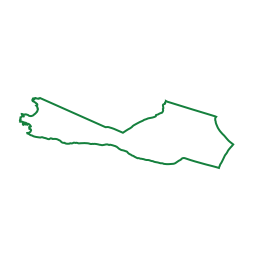 Sveitarfélagið Skagaströnd, Norðurland vestra, Iceland (Robinson projection), rotated 24°
{"feature_id": "244011B17586381133924", "entity_name": "Sveitarfélagið Skagaströnd", "entity_type": "district", "adm_level": 2, "iso_a3": "ISL", "parent_name": "Iceland", "parent_adm1": "Norðurland vestra", "projection": "robinson", "projection_center": [-20.221, 65.865], "detail": "fine", "context": "isolated", "style": "outline", "palette": "green", "viewbox_px": 256, "rotation_deg": 24, "n_neighbors": 0, "source": "geoboundaries", "source_scale": "gbopen_adm2", "svg_char_len": 5631}
<svg xmlns="http://www.w3.org/2000/svg" viewBox="0 0 256 256"><g transform="rotate(24 128 128)"><path d="M204.0,81.9L202.9,81.9L195.5,82.8L178.9,84.9L156.3,87.6L154.1,87.9L153.4,88.0L151.7,87.9L151.8,88.1L151.8,88.7L151.7,88.9L151.5,89.6L151.5,89.8L151.9,90.3L151.9,90.5L151.8,91.0L151.7,91.2L150.8,91.9L150.7,92.1L150.6,92.4L150.6,92.8L150.7,93.1L150.8,93.3L151.8,94.8L152.2,95.4L152.2,96.0L152.1,96.4L152.2,96.6L152.9,97.5L153.0,97.9L153.1,98.6L153.0,99.1L153.0,99.6L152.8,100.2L152.5,100.5L151.6,101.3L151.0,101.9L150.5,102.5L150.4,102.8L150.2,103.1L150.0,103.3L148.9,104.3L148.6,104.6L148.4,104.7L148.4,104.9L148.4,105.1L148.6,105.6L148.6,106.0L147.7,107.1L146.1,108.5L142.5,111.0L140.9,112.7L139.5,113.9L138.5,115.4L136.4,117.7L134.2,120.5L132.1,123.3L131.5,124.4L131.1,125.6L130.7,126.3L129.9,127.6L128.8,129.0L127.3,131.2L125.3,134.4L115.6,134.5L113.0,134.7L111.6,134.9L109.9,135.1L108.5,135.6L107.9,136.0L107.1,136.4L35.9,136.4L35.9,136.5L35.6,136.6L35.2,136.7L34.8,136.9L34.8,137.3L34.6,137.6L34.2,137.6L33.6,137.9L33.3,138.0L32.9,138.1L32.3,138.2L31.9,138.2L31.3,138.2L31.0,138.4L30.9,138.7L30.4,139.0L29.8,139.3L30.0,139.5L30.7,139.9L30.6,140.1L30.3,140.4L29.8,140.5L29.2,140.5L29.2,141.4L29.8,142.0L30.1,142.2L31.4,142.2L31.9,142.3L33.4,142.5L33.6,142.7L33.9,142.8L34.3,142.8L35.3,143.1L35.5,143.3L35.7,143.6L35.8,144.0L35.6,144.5L35.1,144.9L36.2,145.5L36.6,145.7L37.0,146.1L37.0,146.4L37.2,146.7L37.7,146.9L38.0,147.3L37.9,147.5L38.1,147.9L38.2,148.3L38.1,148.7L38.3,149.4L38.3,149.6L38.3,149.9L38.1,150.2L38.2,150.4L37.9,151.2L37.4,152.8L37.1,153.0L36.9,153.5L36.6,154.1L36.4,154.8L35.8,155.5L35.0,156.3L34.0,156.8L33.2,157.0L32.6,157.1L31.4,156.8L29.5,157.0L29.0,157.1L28.7,157.3L28.6,157.5L28.3,157.6L28.0,157.7L27.8,157.9L27.2,158.2L27.0,158.4L26.7,158.3L26.4,158.2L25.8,158.3L25.5,158.3L25.2,158.4L25.3,158.6L25.6,158.8L26.5,159.0L27.5,159.3L27.8,159.4L28.0,159.6L28.0,159.9L26.4,160.4L26.2,160.7L26.0,161.3L25.9,161.6L25.9,161.8L25.5,162.1L25.6,162.3L25.8,162.5L26.0,163.2L25.9,163.6L26.4,164.0L26.1,164.3L26.1,164.5L26.4,164.8L26.3,165.1L26.3,165.3L26.5,165.4L26.8,165.6L27.0,165.8L27.0,166.0L27.3,165.9L27.7,165.9L27.8,165.8L27.9,165.6L28.0,165.5L29.3,165.2L29.6,165.2L30.1,165.4L30.1,166.3L30.4,166.6L30.2,166.8L30.4,167.3L31.1,168.2L30.8,167.3L31.7,167.6L32.1,167.6L30.9,167.0L30.9,166.8L31.9,166.9L31.0,166.7L30.9,166.3L31.4,166.3L31.3,165.6L31.2,165.5L31.2,165.1L32.0,165.0L32.2,164.9L32.5,164.8L33.2,164.9L33.5,165.0L33.1,166.4L33.3,166.4L33.5,166.0L34.5,165.9L34.4,165.7L34.5,165.1L34.6,164.9L34.8,164.8L35.8,164.8L36.2,164.8L37.1,165.1L38.3,165.8L38.6,166.1L38.5,166.3L38.0,166.4L37.9,166.4L37.9,166.5L38.0,166.7L37.9,166.9L37.7,167.2L37.4,167.3L37.4,167.5L37.5,167.7L37.6,167.9L38.0,168.1L38.1,168.7L38.2,168.8L38.3,168.7L38.8,168.8L39.1,168.8L39.3,168.7L39.8,168.8L40.4,169.5L40.4,170.0L40.4,171.1L39.9,172.0L39.4,172.7L38.9,173.2L38.5,173.2L38.0,173.5L38.3,173.9L39.0,173.8L39.9,173.8L41.5,174.1L42.0,174.1L42.4,174.1L43.2,173.9L44.0,173.9L44.5,174.0L45.2,174.0L46.5,173.8L47.9,173.5L51.1,172.6L51.9,172.3L52.1,172.1L53.1,171.4L53.5,171.3L54.7,171.2L56.0,171.0L56.2,170.9L56.9,170.8L57.3,170.8L57.5,170.7L58.9,170.7L59.7,170.6L60.1,170.4L60.6,170.2L60.9,169.8L61.1,169.4L61.4,169.0L61.8,168.8L62.3,168.7L62.9,168.6L63.0,168.7L63.3,168.7L63.8,168.6L64.2,168.4L64.6,168.2L65.6,167.7L66.1,167.5L67.2,167.2L67.8,167.1L69.1,167.1L69.6,167.2L70.4,167.1L71.5,167.3L72.0,167.5L72.9,167.9L73.4,168.0L74.2,168.0L74.9,167.9L75.9,167.4L76.2,167.3L76.4,167.4L76.5,167.5L76.9,167.5L77.4,167.5L78.2,167.3L78.9,167.1L80.0,166.6L81.0,166.0L81.3,165.5L81.7,165.3L82.3,165.2L82.8,165.0L83.3,164.7L83.8,164.2L84.3,163.6L84.6,163.4L85.2,163.2L86.0,163.0L86.4,162.9L86.8,162.5L87.2,162.4L88.0,162.2L88.8,162.2L89.4,162.0L90.6,161.4L91.0,161.1L92.1,160.6L94.0,159.7L94.3,159.5L95.7,159.0L97.5,158.3L98.4,158.1L99.0,158.0L100.4,157.8L100.9,157.6L101.1,157.5L101.6,157.2L101.8,157.0L102.8,156.7L103.3,156.4L104.1,156.0L105.7,155.5L107.4,155.1L108.7,154.9L109.7,154.6L111.1,154.3L111.9,153.9L112.3,153.6L113.5,152.8L114.4,152.1L115.5,151.5L115.8,151.4L116.4,151.3L117.7,151.2L117.9,151.0L118.2,150.7L118.6,150.5L120.7,150.1L121.5,150.0L123.3,149.8L123.8,149.7L124.6,149.8L125.1,149.7L126.6,150.1L128.3,150.6L128.9,150.7L129.3,150.7L130.4,150.8L131.0,150.8L131.7,150.6L133.3,150.3L134.2,150.2L135.1,150.2L136.2,150.0L136.9,150.1L137.8,150.6L139.3,151.1L139.9,151.2L141.4,151.2L142.4,151.4L143.0,151.5L144.5,151.3L145.5,151.6L146.8,151.6L147.5,151.7L149.0,151.7L150.0,151.2L150.5,151.1L151.8,151.0L152.9,150.6L153.9,150.4L155.1,150.1L156.6,150.0L157.9,149.7L159.3,149.1L160.0,148.9L160.5,148.8L162.8,148.6L163.5,148.4L164.2,148.2L165.5,148.2L166.3,148.1L166.8,148.0L169.1,147.4L170.4,147.2L171.2,147.1L172.3,146.9L173.1,146.5L173.7,146.3L174.3,146.2L175.3,146.2L177.7,145.4L179.2,144.8L180.2,144.3L184.1,142.2L184.6,141.8L185.2,141.2L185.5,140.9L185.8,140.4L187.7,137.3L189.0,135.7L189.2,135.2L189.4,134.9L189.4,134.6L189.8,133.8L190.1,133.5L190.4,133.2L190.7,133.0L191.3,132.7L191.9,132.5L192.6,132.4L197.9,131.9L202.7,131.3L211.5,130.0L214.7,129.5L220.5,128.5L224.3,127.9L227.3,127.5L227.2,127.1L227.2,125.5L227.1,124.1L227.1,123.5L227.3,122.6L227.4,121.7L227.5,120.5L227.6,118.0L227.7,113.8L227.9,112.6L228.1,112.0L228.4,110.6L228.5,109.7L228.5,108.8L228.8,106.9L229.4,104.8L229.7,103.8L230.1,102.7L230.4,101.8L230.8,100.2L230.4,100.1L227.1,99.3L225.4,98.8L224.4,98.4L222.0,97.3L221.0,96.8L218.9,95.8L216.7,95.0L214.5,94.0L212.9,93.2L211.2,92.1L209.9,91.2L206.9,88.4L206.2,87.6L205.8,87.1L205.4,86.3L204.6,85.5L204.2,84.7L203.9,84.1L203.7,83.5L203.8,82.7L204.0,81.9Z" fill="none" stroke="#15803d" stroke-width="2"/></g></svg>